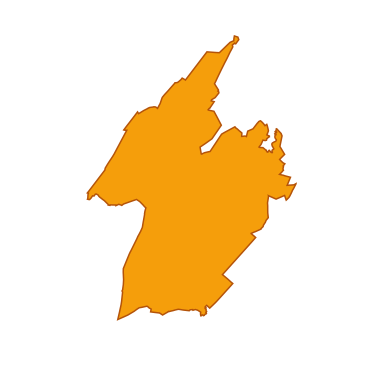 Viesatu pag., Jaunpils, Latvia (Equal Earth projection), rotated 314°
{"feature_id": "27541924B50646046706216", "entity_name": "Viesatu pag.", "entity_type": "district", "adm_level": 2, "iso_a3": "LVA", "parent_name": "Latvia", "parent_adm1": "Jaunpils", "projection": "equal_earth", "projection_center": [22.874, 56.816], "detail": "fine", "context": "isolated", "style": "filled", "palette": "amber", "viewbox_px": 384, "rotation_deg": 314, "n_neighbors": 0, "source": "geoboundaries", "source_scale": "gbopen_adm2", "svg_char_len": 5692}
<svg xmlns="http://www.w3.org/2000/svg" viewBox="0 0 384 384"><g transform="rotate(314 192 192)"><path d="M118.6,117.4L119.1,118.4L118.0,118.9L115.1,121.4L114.2,121.8L115.1,123.3L115.5,123.6L115.8,123.6L117.5,123.6L120.2,123.1L120.3,123.2L121.0,124.3L123.2,124.0L124.0,124.4L124.6,126.5L124.2,128.1L124.2,129.1L124.5,131.9L124.5,132.2L124.9,135.0L124.8,140.6L124.4,140.8L125.4,142.3L125.9,142.1L129.9,146.5L129.5,146.8L132.3,147.9L133.5,150.4L133.6,150.8L135.8,151.1L138.2,152.3L144.6,155.5L148.1,157.3L148.8,161.1L148.7,165.6L148.5,167.9L148.5,169.0L148.6,169.8L145.5,171.5L143.2,173.1L142.9,173.5L136.8,177.6L132.0,180.9L128.2,182.3L124.8,183.3L122.2,184.0L120.1,184.8L113.9,186.8L109.2,188.3L106.6,189.1L106.4,189.1L103.5,190.1L89.2,195.8L86.6,198.2L81.3,203.8L77.6,207.0L73.5,210.0L72.2,210.4L71.8,211.6L64.6,217.2L61.8,219.2L55.2,223.3L48.7,227.2L58.9,231.3L65.8,233.2L69.3,233.8L72.0,234.4L74.2,236.0L78.5,238.9L78.8,239.7L78.8,241.5L79.4,244.0L77.0,245.5L78.4,247.4L79.3,248.6L81.2,251.1L81.8,251.9L82.4,252.6L83.1,256.3L87.3,257.5L87.8,257.7L89.1,257.9L89.7,258.1L89.6,258.3L91.6,259.5L93.4,260.7L95.5,261.9L96.9,262.8L97.5,263.2L97.8,263.4L98.1,263.6L98.8,264.5L99.1,264.9L100.8,267.4L104.7,272.5L106.0,272.5L107.9,274.2L107.6,274.8L109.8,276.1L110.9,278.2L111.2,279.6L111.6,281.7L110.2,282.8L109.2,284.1L109.1,284.5L109.5,284.6L109.8,284.7L110.2,284.7L110.3,284.7L110.7,284.7L110.8,284.8L110.9,285.0L111.1,285.6L111.1,285.9L111.0,286.1L111.3,286.3L111.5,286.4L111.9,286.5L112.2,286.4L112.7,286.4L113.0,286.4L113.4,286.4L114.1,286.8L114.3,286.8L114.9,286.6L115.0,286.2L115.1,285.9L115.0,285.7L115.5,285.5L116.2,285.4L116.1,285.2L116.2,284.9L116.3,284.7L116.5,284.6L116.7,284.3L116.8,284.1L117.1,283.9L117.3,283.8L117.4,283.7L117.5,283.3L117.5,283.1L117.3,282.8L117.3,282.7L117.5,282.6L117.8,282.6L118.3,282.6L118.5,282.5L118.5,282.4L118.3,282.2L118.2,282.1L117.9,282.0L117.8,281.9L118.1,281.7L118.3,281.6L118.4,281.4L118.6,281.2L120.7,281.3L120.8,285.4L125.5,285.6L129.9,285.7L140.2,285.4L154.5,284.9L154.3,282.0L154.2,278.2L153.7,271.3L177.9,270.4L191.5,269.9L203.5,269.4L203.2,263.4L203.3,263.3L206.9,264.8L207.4,265.1L210.7,266.4L211.9,266.9L213.5,267.4L213.7,267.1L216.4,267.2L217.9,266.4L221.2,265.8L223.0,265.0L226.5,264.7L229.5,261.1L231.5,259.1L234.6,256.1L236.6,253.9L237.0,253.6L242.4,249.8L242.5,249.6L243.2,251.6L243.8,253.2L245.3,257.4L253.8,261.0L251.6,265.4L252.9,265.5L255.3,265.5L255.9,265.4L256.5,265.3L259.8,264.3L260.7,264.0L262.8,263.2L263.5,263.0L264.5,262.8L265.6,262.5L267.2,262.0L269.5,261.3L269.9,261.2L270.2,261.0L267.9,260.3L262.9,255.8L271.0,252.6L268.4,248.0L267.5,246.1L266.6,244.7L265.5,242.7L267.5,242.8L268.5,242.8L271.2,242.6L271.2,242.2L272.3,241.0L273.8,240.2L274.0,239.5L276.8,239.2L276.2,237.1L276.2,234.0L276.3,232.4L278.1,232.4L283.4,232.5L285.8,223.6L294.9,217.8L296.0,215.4L296.3,209.0L295.8,208.8L295.5,209.2L294.9,209.6L294.6,209.8L294.2,209.8L293.7,209.8L293.0,209.9L293.0,210.2L293.2,210.3L294.0,210.8L293.9,211.3L293.6,211.4L292.9,211.4L291.8,211.1L291.3,211.1L291.2,211.6L291.7,212.2L291.7,212.5L291.2,212.7L290.6,212.5L289.9,212.7L288.9,213.7L288.3,215.1L288.3,216.3L287.9,216.7L287.2,216.9L286.8,216.9L286.1,216.8L284.7,216.2L283.8,216.0L283.1,215.8L282.4,215.9L282.1,216.1L281.6,216.5L280.8,217.8L280.5,218.8L280.5,219.3L280.2,219.7L280.0,220.7L279.5,221.0L278.7,220.8L278.0,220.6L277.7,220.6L277.2,221.0L276.8,221.4L276.5,222.2L276.2,222.3L275.9,222.3L275.5,221.4L275.5,219.5L275.8,218.8L275.5,218.5L274.1,218.6L273.3,218.9L273.2,218.8L273.1,218.5L273.0,218.1L273.0,217.9L273.2,217.3L273.3,217.0L273.4,216.7L273.6,216.5L273.7,216.4L273.5,215.9L273.4,215.8L273.4,215.0L273.2,212.2L272.5,211.4L271.6,210.4L271.2,210.0L270.9,209.0L274.3,208.6L278.6,207.0L279.8,208.9L281.0,209.6L282.0,209.0L282.1,208.8L285.3,209.1L285.5,209.3L286.0,208.8L285.1,206.2L287.3,205.3L289.1,204.5L289.5,203.9L290.2,202.9L290.6,202.3L292.2,199.7L292.6,198.8L290.4,198.4L290.8,196.2L290.9,194.6L290.9,193.5L290.9,192.9L290.9,192.6L290.8,192.1L290.7,191.7L289.1,191.1L288.9,191.1L287.9,191.2L287.7,191.3L287.5,191.2L286.8,191.2L281.7,191.8L279.8,192.0L274.5,189.8L269.7,192.6L269.2,191.4L268.0,190.3L267.6,190.1L266.5,189.1L269.1,186.9L269.0,184.6L268.9,184.5L268.8,180.7L268.5,179.0L268.6,178.9L268.7,177.6L257.4,174.0L254.2,173.1L241.2,175.5L234.1,176.8L233.8,176.9L231.6,175.4L229.4,174.0L229.1,173.8L227.2,173.0L226.8,172.9L225.4,172.6L225.5,172.6L229.9,166.6L236.5,168.0L244.2,169.4L260.4,166.7L263.1,158.6L264.6,153.9L265.3,151.7L263.5,148.8L262.4,147.1L262.3,146.5L263.6,146.3L263.8,146.3L265.3,146.6L265.5,146.4L267.4,146.1L272.4,145.2L270.9,142.5L272.0,142.0L276.0,143.1L282.0,142.5L282.7,141.5L282.5,140.5L283.7,140.3L285.5,133.0L287.8,132.3L291.5,131.0L291.8,130.9L294.2,130.1L300.6,128.0L307.6,125.8L309.7,125.2L312.7,124.3L316.3,123.1L319.0,122.2L321.2,121.6L324.3,120.7L324.8,120.5L325.7,118.9L328.6,119.2L328.5,120.0L329.0,120.5L334.1,119.8L335.3,117.4L333.7,114.1L332.0,115.2L331.1,115.9L329.8,117.0L328.5,116.4L326.0,115.4L324.9,115.4L322.9,115.3L316.3,115.1L311.2,114.9L308.6,111.9L303.2,105.4L268.0,109.5L268.0,109.4L267.5,107.2L267.1,105.8L265.1,106.0L261.6,105.7L260.4,105.3L258.7,103.9L258.6,104.0L253.8,104.2L247.9,104.5L243.0,104.6L239.4,104.9L237.6,105.7L233.6,107.6L228.2,109.1L228.1,107.8L227.9,106.8L227.2,105.9L226.9,105.5L226.5,105.2L225.6,104.6L224.5,103.7L223.6,103.0L223.3,102.8L222.0,102.4L221.8,102.3L221.8,102.2L221.5,102.2L217.1,100.7L211.3,99.2L211.8,97.2L203.3,98.2L198.8,98.7L194.1,99.2L189.2,99.8L189.3,100.0L189.9,100.9L191.1,102.2L173.6,107.2L172.5,107.5L165.3,109.6L162.2,110.3L155.6,111.5L152.7,112.1L148.9,113.0L147.2,114.1L120.7,117.2L118.6,117.4Z" fill="#f59e0b" stroke="#b45309" stroke-width="1.5"/></g></svg>